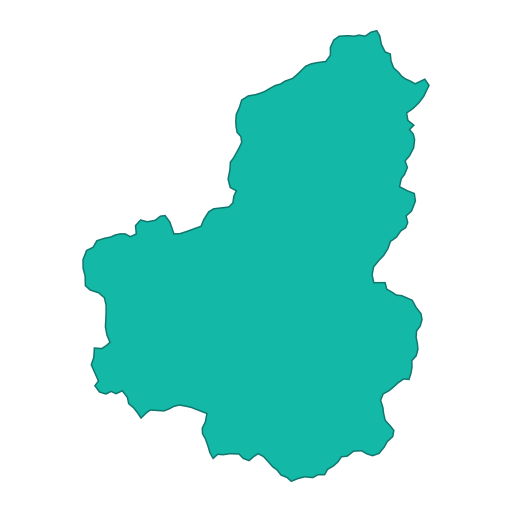 Mercês, Minas Gerais, Brazil (Robinson projection)
{"feature_id": "56859067B39060199569900", "entity_name": "Mercês", "entity_type": "district", "adm_level": 2, "iso_a3": "BRA", "parent_name": "Brazil", "parent_adm1": "Minas Gerais", "projection": "robinson", "projection_center": [-43.332, -21.177], "detail": "fine", "context": "isolated", "style": "filled", "palette": "teal", "viewbox_px": 512, "rotation_deg": 0, "n_neighbors": 0, "source": "geoboundaries", "source_scale": "gbopen_adm2", "svg_char_len": 2871}
<svg xmlns="http://www.w3.org/2000/svg" viewBox="0 0 512 512"><path d="M140.6,220.0L135.5,225.6L136.3,233.9L130.4,236.7L125.1,233.9L120.2,233.9L115.1,235.0L110.5,237.1L104.4,238.3L96.9,240.7L93.1,247.3L86.6,250.5L83.0,259.7L83.1,268.2L85.1,275.8L85.4,285.7L90.3,290.1L98.5,292.7L104.4,297.7L106.1,305.2L106.1,312.3L105.9,318.4L105.4,326.7L107.0,335.2L110.0,342.3L105.9,345.9L101.6,348.6L94.4,348.0L93.8,357.4L91.3,364.8L95.2,373.6L98.5,381.0L94.9,385.7L99.5,392.0L105.9,394.0L111.1,391.4L116.1,393.7L122.3,390.8L127.4,397.4L128.7,403.6L133.8,408.0L137.7,413.0L141.0,418.0L146.2,413.0L150.3,410.0L156.3,410.4L164.0,410.9L169.3,408.8L173.6,406.5L179.3,405.0L185.4,406.1L191.3,407.4L198.9,410.4L206.9,413.5L205.4,421.9L202.3,428.1L202.5,433.6L205.4,438.9L207.7,445.1L209.9,452.6L213.1,458.4L217.7,454.3L223.1,454.7L229.9,453.7L239.1,454.0L243.2,458.4L249.1,460.6L253.7,456.6L258.2,453.7L263.6,456.6L268.8,462.3L272.6,466.7L276.8,469.7L281.1,475.1L286.9,477.4L291.3,481.3L298.0,478.5L304.9,476.8L312.8,477.6L317.9,474.7L324.6,474.7L327.6,469.3L333.2,466.1L338.1,461.7L341.4,456.8L347.3,456.1L353.7,451.1L361.6,450.8L367.2,454.0L372.6,455.7L379.0,453.4L384.1,447.2L387.2,441.7L392.7,436.6L393.8,430.4L390.1,425.7L385.2,420.4L383.6,413.5L382.9,407.6L380.6,400.2L383.1,394.0L388.8,390.8L393.3,387.2L397.9,382.9L403.8,378.9L409.0,379.5L411.0,373.1L412.0,367.1L411.8,360.6L416.1,355.9L417.9,349.5L417.4,343.6L416.1,337.4L416.6,330.8L420.2,326.1L422.0,319.7L421.0,313.7L416.1,307.5L412.2,300.3L406.4,297.7L401.5,295.6L396.3,295.1L392.4,292.4L386.7,289.2L385.1,282.6L380.0,282.7L373.8,282.7L372.1,274.8L373.6,266.9L378.8,260.5L383.6,255.5L387.7,249.0L390.5,241.4L396.4,237.2L400.7,231.0L405.6,227.7L407.7,222.6L406.1,215.9L411.5,211.1L415.4,201.1L414.3,193.5L407.4,190.8L399.5,186.7L401.3,178.6L404.5,174.5L407.4,167.5L405.1,160.9L409.5,155.8L413.6,147.9L414.6,139.7L413.3,134.1L409.5,129.6L413.8,125.2L407.9,120.4L406.6,113.0L413.1,108.4L419.2,102.4L423.8,96.2L426.4,90.7L429.0,85.4L424.8,79.2L420.0,81.5L415.1,83.8L410.4,81.1L405.8,79.1L401.8,76.4L398.5,72.3L393.6,67.9L391.0,60.9L390.3,54.0L385.1,51.9L381.3,44.3L379.8,36.0L376.7,30.7L370.9,32.2L365.2,36.2L359.1,35.1L354.4,36.2L348.1,35.7L339.2,36.2L333.8,40.0L330.4,47.5L330.4,55.2L325.8,61.5L317.4,62.6L311.3,63.8L305.7,66.2L301.3,70.5L297.4,74.3L292.5,78.5L285.1,81.1L280.4,84.1L275.5,85.4L270.1,88.3L264.7,91.5L260.0,93.3L255.4,94.7L248.3,95.9L241.7,100.0L239.6,106.9L236.3,114.3L235.8,121.1L236.1,126.7L237.1,132.4L240.9,136.5L241.7,142.4L239.4,147.3L236.8,152.1L233.7,157.7L230.4,162.2L229.9,169.9L228.1,179.0L230.2,187.5L236.3,190.7L233.8,196.4L232.9,202.9L228.8,207.0L221.3,207.9L213.6,208.8L208.7,211.8L204.0,219.2L201.0,226.3L194.5,228.6L186.7,231.5L179.8,233.7L173.9,233.9L171.8,227.7L169.8,222.0L165.1,215.6L160.4,216.2L155.2,220.3L147.3,221.8L140.6,220.0Z" fill="#14b8a6" stroke="#0f766e" stroke-width="1.5"/></svg>